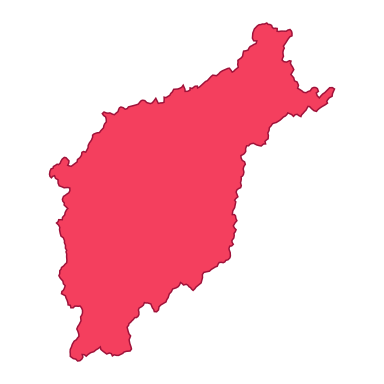 outline of Cunha, São Paulo, Brazil
{"feature_id": "56859067B27501626478816", "entity_name": "Cunha", "entity_type": "district", "adm_level": 2, "iso_a3": "BRA", "parent_name": "Brazil", "parent_adm1": "São Paulo", "projection": "natural_earth1", "projection_center": [-44.92, -23.055], "detail": "fine", "context": "isolated", "style": "filled", "palette": "rose", "viewbox_px": 384, "rotation_deg": 0, "n_neighbors": 0, "source": "geoboundaries", "source_scale": "gbopen_adm2", "svg_char_len": 5855}
<svg xmlns="http://www.w3.org/2000/svg" viewBox="0 0 384 384"><path d="M332.1,96.3L332.5,93.6L334.5,89.0L332.4,87.6L329.7,87.7L324.8,92.6L322.7,94.0L321.0,95.8L319.3,97.9L317.2,95.7L316.3,92.9L318.4,91.4L317.4,88.6L315.8,87.6L314.0,87.4L312.1,88.1L310.2,90.8L308.1,91.5L306.1,92.7L303.5,92.3L302.1,91.0L299.6,89.4L297.6,88.3L298.5,85.3L297.1,82.0L294.5,80.8L293.7,77.7L290.9,74.5L293.8,69.6L292.6,67.1L291.2,65.0L290.4,63.2L291.0,61.1L289.5,60.7L286.5,62.1L284.0,61.7L282.1,60.1L282.5,58.3L283.5,56.3L283.1,54.5L282.9,52.2L283.4,49.9L284.3,48.2L283.4,46.1L285.3,43.5L288.0,39.2L289.8,36.8L292.0,35.8L292.0,33.1L291.5,31.2L290.0,29.5L287.8,30.1L286.3,31.2L281.8,31.1L280.3,31.2L278.8,31.5L277.1,31.2L277.2,28.5L275.3,28.2L273.6,28.5L272.2,27.2L271.6,25.4L269.9,24.5L268.1,24.4L266.8,23.0L264.5,24.0L262.4,24.0L260.8,24.6L259.1,24.7L257.4,25.8L254.4,28.9L252.8,33.1L252.4,38.2L253.7,40.8L256.8,40.9L256.1,43.5L253.7,44.5L251.9,45.7L250.2,46.5L249.1,47.9L248.0,50.1L245.7,50.8L243.6,51.1L243.1,53.2L242.6,56.2L241.3,57.8L237.9,60.3L238.0,62.5L237.7,64.4L238.3,67.3L235.0,69.9L233.7,71.3L232.2,72.1L231.0,70.3L229.4,68.2L227.9,68.4L222.4,70.8L220.3,72.1L218.6,74.0L216.5,75.7L212.8,75.1L211.1,76.5L207.3,80.7L205.5,81.5L199.5,87.0L197.6,87.9L197.3,86.1L195.1,86.2L193.7,87.2L192.1,88.5L190.1,87.9L190.0,90.1L187.7,91.3L185.1,91.4L184.9,89.1L184.0,87.1L183.2,85.2L181.7,87.3L179.7,88.3L177.8,89.0L173.7,89.3L172.4,91.9L170.8,93.4L169.8,95.3L166.0,97.6L164.1,97.2L164.2,99.4L164.0,102.3L162.4,102.9L160.8,102.9L158.3,103.4L155.8,98.3L153.7,101.2L152.2,102.9L150.3,103.6L146.8,102.6L144.8,100.6L142.8,100.2L141.3,100.6L140.1,101.8L138.3,104.1L136.4,104.8L132.3,105.9L130.3,106.4L128.5,106.9L127.2,108.6L125.2,109.2L123.2,107.7L120.9,107.0L119.5,107.8L118.7,109.3L118.0,111.6L116.0,113.2L114.4,114.7L112.8,114.3L109.9,112.9L107.9,113.2L106.1,112.9L104.0,112.0L102.3,113.6L103.6,115.5L105.6,116.9L106.2,119.0L106.3,121.9L104.6,123.9L103.8,125.9L103.5,127.8L100.9,130.6L99.4,132.6L97.2,132.8L95.7,133.3L93.9,134.0L92.6,135.2L92.6,137.2L91.4,140.2L89.5,142.8L88.2,145.4L88.1,147.7L86.8,150.2L85.7,152.2L83.5,151.5L81.9,152.4L81.5,155.2L79.9,157.7L77.5,159.5L77.1,161.9L71.2,166.3L69.2,165.9L67.7,165.2L68.7,163.3L69.0,160.9L66.0,157.7L64.3,157.4L62.2,159.1L60.9,161.3L60.1,163.3L58.6,164.6L57.1,164.2L55.2,165.5L53.4,166.5L53.0,168.3L51.1,168.8L50.0,171.2L49.5,174.2L50.0,176.4L51.4,177.8L52.6,176.4L54.5,175.7L55.5,178.3L58.0,179.8L58.1,183.2L59.2,185.8L62.2,186.9L64.1,187.8L65.8,187.6L67.9,187.5L69.8,188.0L69.9,190.7L68.8,192.8L66.7,194.2L65.3,195.3L63.5,196.4L62.4,199.3L62.8,201.2L64.3,202.9L64.1,205.0L67.8,208.5L66.4,210.1L65.2,212.4L64.7,214.9L62.5,217.4L62.3,219.7L58.7,219.7L58.2,221.6L56.5,223.0L58.7,225.2L59.8,227.4L59.5,229.5L60.2,233.2L61.0,236.1L63.3,237.7L64.5,240.7L64.4,242.7L65.5,245.2L65.4,248.2L66.7,250.3L66.0,251.9L66.7,254.0L66.6,256.9L66.9,260.3L66.7,262.7L65.0,264.3L63.8,265.8L61.5,267.5L61.0,269.3L59.8,270.6L59.7,273.8L58.9,275.7L60.4,278.3L62.9,281.1L63.4,283.8L65.2,285.7L64.3,288.5L63.2,290.5L61.9,291.4L61.5,293.7L65.4,295.8L66.0,297.9L67.1,300.3L67.9,302.8L68.1,304.9L70.3,305.3L70.9,307.8L73.2,307.8L74.7,306.2L76.5,306.1L78.5,306.3L80.0,306.0L81.4,307.6L82.5,310.1L82.5,313.1L81.8,315.1L80.6,316.9L81.0,320.8L79.1,324.6L77.8,326.5L76.8,329.0L77.9,331.3L78.8,334.2L78.9,336.4L77.5,338.0L76.4,339.7L74.1,341.2L72.3,344.3L71.4,347.1L70.3,349.3L70.1,352.0L70.3,354.0L70.3,356.4L73.3,358.6L75.8,359.1L77.6,361.0L79.9,360.7L81.8,359.1L82.9,357.1L82.2,354.5L84.4,354.7L86.2,356.2L88.1,354.4L90.6,352.7L92.1,352.2L93.8,351.7L96.1,349.8L98.5,348.4L100.3,346.9L100.9,349.5L103.3,351.5L106.7,354.0L109.4,353.0L111.4,353.7L112.4,355.9L114.2,354.8L116.6,355.4L118.6,355.4L120.6,354.4L122.7,353.4L124.1,352.0L126.5,351.3L130.1,351.0L131.5,349.0L130.9,346.6L129.8,343.5L129.1,339.8L130.6,335.9L129.0,333.9L128.2,331.5L127.1,327.2L128.6,325.3L129.0,323.5L130.5,322.4L131.9,320.8L133.3,319.5L134.7,317.6L136.3,317.6L137.9,316.5L138.9,314.7L138.9,312.0L138.4,310.0L139.1,308.1L141.7,306.6L143.4,305.1L144.4,302.6L145.9,303.0L147.5,302.9L150.8,303.9L152.5,308.0L153.7,309.5L154.3,311.6L156.6,311.8L158.5,309.9L159.0,306.8L160.9,304.9L166.0,301.9L166.7,299.8L168.1,297.7L169.3,293.9L171.4,291.7L172.6,289.0L176.2,287.8L178.3,286.6L179.6,284.8L180.5,282.5L182.2,283.6L183.5,285.0L186.2,284.3L187.8,285.1L189.0,286.7L190.5,287.6L191.6,289.1L193.1,290.4L194.7,288.9L196.1,287.0L201.1,282.9L202.5,277.7L202.4,274.5L203.8,272.4L206.4,271.8L209.4,271.2L211.2,269.5L215.4,266.9L217.2,266.3L218.1,264.1L219.2,262.5L221.2,262.3L223.2,262.7L224.8,261.9L225.8,260.4L228.1,259.7L229.9,257.8L230.4,256.0L230.2,252.6L228.9,248.9L229.7,246.2L231.7,245.9L233.3,244.3L232.1,242.4L231.9,240.5L233.8,238.0L234.2,235.6L234.0,233.4L235.3,231.7L236.1,229.7L234.6,228.2L233.3,225.9L235.1,222.8L236.9,220.7L235.9,218.5L235.5,215.9L234.4,214.6L232.3,214.6L232.8,210.8L234.6,207.7L235.8,201.8L234.6,200.2L235.9,198.5L237.9,196.8L236.1,192.1L236.9,189.9L238.7,188.5L240.6,187.7L241.3,185.7L240.5,182.7L241.0,180.9L241.3,178.9L241.1,176.9L242.4,176.1L243.4,174.6L243.9,172.1L243.2,169.0L243.8,166.6L245.3,164.3L244.6,161.9L242.2,160.3L241.1,158.0L240.9,155.6L242.7,154.7L244.3,153.6L245.7,151.5L245.6,148.7L246.6,145.8L248.6,145.8L249.9,144.3L251.5,143.6L253.6,143.3L256.6,144.9L259.1,145.6L261.2,146.0L263.5,144.0L265.6,143.9L265.0,141.4L266.5,139.9L268.1,138.8L268.4,135.5L267.8,133.0L269.0,130.6L269.4,127.6L270.9,126.1L272.5,123.7L274.7,122.9L276.3,122.5L280.0,120.2L282.0,118.4L283.4,117.0L285.4,116.0L286.9,114.5L287.8,112.9L291.6,114.5L293.5,116.4L295.1,114.7L297.2,114.3L298.5,115.4L300.9,116.6L301.7,114.7L303.2,113.2L304.7,111.4L305.9,110.3L308.0,106.4L309.6,106.6L311.6,108.7L314.0,110.7L316.5,111.4L317.5,110.0L319.5,108.3L321.7,106.8L325.5,104.6L327.5,103.1L326.7,101.4L327.7,99.7L329.4,97.7L332.1,96.3Z" fill="#f43f5e" stroke="#9f1239" stroke-width="1.5"/></svg>